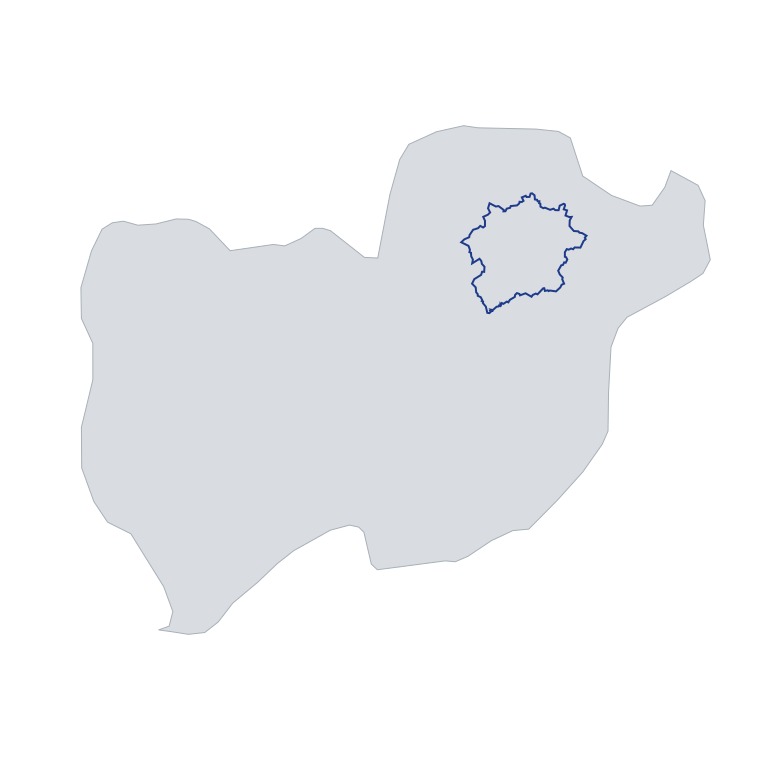 location of Nyamagabe, Southern, Rwanda, rotated 186°
{"feature_id": "39286606B14277660644276", "entity_name": "Nyamagabe", "entity_type": "district", "adm_level": 2, "iso_a3": "RWA", "parent_name": "Rwanda", "parent_adm1": "Southern", "projection": "orthographic", "projection_center": [29.511, -2.4], "detail": "medium", "context": "in_parent", "style": "outline", "palette": "blue", "viewbox_px": 768, "rotation_deg": 186, "n_neighbors": 0, "source": "geoboundaries", "source_scale": "gbopen_adm2", "svg_char_len": 3018}
<svg xmlns="http://www.w3.org/2000/svg" viewBox="0 0 768 768"><g transform="rotate(186 384 384)"><path d="M294.5,214.7L304.6,214.5L371.2,198.6L377.8,203.6L388.5,234.5L394.2,239.0L403.5,240.1L422.1,233.0L456.4,208.8L471.4,194.2L489.0,173.5L511.5,150.3L524.0,130.0L536.3,118.1L552.4,114.6L570.2,115.5L582.5,115.9L572.4,120.7L570.2,135.6L581.9,159.4L620.1,208.6L644.5,217.7L660.3,236.8L675.9,269.0L680.4,309.3L674.0,357.8L677.8,393.9L691.8,417.6L695.5,448.2L688.8,485.9L680.6,508.5L671.1,515.9L660.2,518.7L645.5,516.2L627.6,519.3L608.0,526.4L595.8,527.4L588.1,526.0L573.8,520.0L551.0,500.5L508.6,511.2L497.1,511.0L481.5,520.2L468.9,531.6L461.2,532.4L453.3,530.9L416.8,507.9L403.4,508.6L397.9,573.2L391.8,609.0L384.3,625.0L358.1,640.4L331.8,649.2L317.4,648.6L259.5,653.4L236.9,653.4L224.4,648.2L208.1,611.6L177.4,595.3L148.0,587.7L136.0,589.8L125.3,609.0L120.9,626.2L92.4,614.4L83.8,599.9L83.0,575.3L72.5,541.7L78.3,527.4L89.5,518.1L113.2,500.4L149.3,475.8L157.0,464.0L162.1,444.5L159.8,399.0L156.3,360.6L160.6,347.0L177.1,317.3L199.2,286.9L224.9,254.8L240.5,251.7L260.8,239.5L282.4,221.5L294.5,214.7Z" fill="#d9dde1" stroke="#a8b0b8" stroke-width="1"/><path d="M300.2,483.2L300.0,481.5L296.9,480.5L294.9,477.4L295.4,476.7L294.0,476.1L294.1,474.8L290.8,471.6L288.7,465.6L286.6,465.5L285.4,466.9L286.0,467.8L284.5,467.9L285.6,469.1L283.5,468.9L280.1,472.6L278.2,473.1L277.9,474.0L276.8,473.7L276.7,475.9L275.8,474.9L275.2,476.8L273.6,476.2L270.5,478.8L268.9,478.2L267.6,480.9L263.0,484.3L262.9,486.4L261.3,488.3L258.7,487.7L258.0,486.4L252.7,489.0L246.4,486.2L245.4,488.1L242.5,489.8L240.7,489.2L235.7,495.8L234.6,496.0L233.7,493.4L230.9,494.3L230.0,493.6L228.8,494.3L222.6,494.1L218.8,498.4L217.7,501.3L215.4,502.6L217.7,506.8L217.4,508.6L220.6,511.3L222.6,514.9L220.1,520.6L218.5,521.1L217.5,523.8L216.0,523.6L214.7,526.9L216.1,529.1L217.4,529.4L217.9,534.0L216.3,537.3L214.4,536.9L212.1,538.3L210.0,537.8L208.7,539.7L202.9,540.2L200.5,547.0L198.6,549.1L199.6,550.6L198.1,552.6L202.8,554.8L205.5,554.9L206.6,556.1L211.2,556.0L216.0,560.5L216.4,566.1L214.9,569.8L217.1,569.4L221.1,570.5L220.1,575.8L223.5,576.5L222.6,580.6L223.1,581.7L224.2,582.0L227.9,579.7L228.5,575.1L231.9,574.8L233.7,576.1L237.0,574.6L242.4,576.2L243.9,575.5L246.9,576.7L247.4,579.7L248.6,580.0L248.6,582.0L250.3,581.8L251.0,583.2L253.2,583.3L254.0,587.4L256.7,589.1L258.1,588.7L258.8,585.3L261.8,584.9L262.7,586.0L266.4,584.0L264.4,580.7L266.0,579.4L268.2,579.4L268.4,577.7L270.4,575.5L276.6,574.2L277.0,572.4L280.3,571.2L281.3,568.5L283.2,568.2L283.1,569.6L288.7,572.9L291.3,572.2L297.9,574.8L298.9,569.6L296.4,565.7L298.4,563.2L302.8,560.6L300.6,556.8L300.1,551.6L301.8,550.0L304.8,551.3L306.7,548.8L311.5,546.7L314.5,541.0L314.6,538.9L319.2,536.3L322.0,533.0L314.4,530.2L312.6,526.6L312.8,524.0L311.2,523.6L310.6,520.1L308.6,517.1L308.9,513.2L302.1,518.5L300.1,516.5L299.2,513.7L296.3,511.1L296.1,506.0L298.2,505.9L298.8,502.7L305.2,497.7L306.9,493.0L302.9,489.7L301.9,484.8L300.2,483.2Z" fill="none" stroke="#1e3a8a" stroke-width="2"/></g></svg>